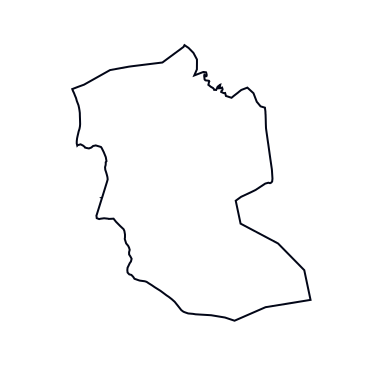 Al Matammah, Al Jawf, Yemen (orthographic projection), rotated 339°
{"feature_id": "15242507B78310888001164", "entity_name": "Al Matammah", "entity_type": "district", "adm_level": 2, "iso_a3": "YEM", "parent_name": "Yemen", "parent_adm1": "Al Jawf", "projection": "orthographic", "projection_center": [44.392, 16.198], "detail": "fine", "context": "isolated", "style": "outline", "palette": "ink", "viewbox_px": 384, "rotation_deg": 339, "n_neighbors": 0, "source": "geoboundaries", "source_scale": "gbopen_adm2", "svg_char_len": 3158}
<svg xmlns="http://www.w3.org/2000/svg" viewBox="0 0 384 384"><g transform="rotate(339 192 192)"><path d="M117.1,53.0L117.1,55.0L117.3,57.4L117.3,59.9L117.4,62.8L117.1,65.6L117.1,68.0L117.1,70.4L116.7,73.0L116.2,75.5L115.6,78.0L114.7,80.5L113.7,83.4L112.9,85.7L111.9,88.5L110.9,90.6L109.6,92.7L107.9,94.8L106.5,96.9L105.2,98.8L103.9,100.8L102.7,103.1L101.8,105.3L101.5,107.6L102.1,107.3L105.1,107.6L106.9,109.6L108.0,111.5L108.0,112.1L109.3,113.1L111.4,114.4L114.0,114.4L115.9,113.7L116.2,113.6L118.5,114.0L118.8,114.0L123.1,117.3L123.4,118.3L123.5,119.1L123.9,123.3L124.0,128.6L123.2,132.6L122.1,133.3L122.1,133.5L121.1,135.8L119.7,137.7L119.0,140.2L118.9,142.7L118.7,145.2L118.4,147.7L117.8,150.0L116.4,151.9L106.1,165.0L105.7,165.0L105.9,165.2L95.0,179.0L94.3,179.8L93.7,182.3L95.6,184.0L97.1,184.2L99.6,184.8L100.5,185.0L104.2,186.9L104.6,187.3L109.2,188.8L110.4,192.6L112.8,198.1L114.8,202.2L114.9,204.2L114.4,206.7L114.2,207.7L113.1,210.5L112.4,211.7L112.1,216.4L113.1,219.3L113.3,221.3L113.1,223.7L111.7,225.6L110.9,227.8L111.4,230.2L111.7,232.7L110.1,235.0L108.3,236.2L105.9,238.5L104.7,239.6L103.6,241.8L103.0,244.1L103.9,246.4L105.7,247.7L106.7,250.1L107.2,252.4L110.6,255.3L111.5,256.0L115.9,258.4L117.4,259.6L119.1,262.0L121.0,264.5L123.2,267.7L127.1,272.9L129.2,276.2L131.2,279.4L132.7,281.5L134.7,284.8L136.5,288.3L138.5,294.6L139.7,298.5L140.6,299.9L141.1,300.7L142.4,301.9L144.9,304.0L149.2,306.1L151.6,307.5L165.7,313.9L177.8,321.0L185.6,327.4L219.4,325.9L264.0,335.2L268.8,305.2L258.2,280.8L253.9,270.9L226.0,238.9L226.1,238.4L229.7,215.8L236.1,214.1L247.5,213.3L252.0,212.9L263.4,210.4L265.4,210.6L266.6,210.7L268.0,211.7L269.4,211.6L270.6,210.9L271.9,208.4L274.5,200.1L274.8,198.9L277.1,188.7L280.5,174.0L280.5,173.9L283.6,160.4L284.0,158.8L284.2,158.2L285.5,154.4L286.3,152.2L286.9,150.5L288.5,145.9L288.5,145.7L289.4,143.1L290.3,139.4L286.7,136.6L285.4,132.7L285.2,132.1L284.8,131.0L284.8,126.9L284.8,121.8L281.1,114.4L274.6,114.4L271.7,115.3L270.6,115.7L265.3,117.3L262.7,118.2L260.3,116.3L260.0,116.0L258.1,114.5L258.4,111.6L258.4,111.4L257.8,111.3L257.1,111.1L256.9,110.9L256.1,110.1L255.1,109.1L255.4,108.5L255.5,108.4L256.7,107.8L257.0,107.5L257.4,107.0L257.5,105.3L257.1,105.3L256.4,105.3L256.1,105.3L256.1,105.2L255.1,105.0L254.9,105.0L254.8,104.9L254.0,104.7L254.0,104.3L254.5,104.2L254.8,104.0L255.8,103.6L256.4,102.6L256.8,102.0L256.7,102.0L256.4,102.0L255.7,102.3L253.7,102.9L251.8,104.8L251.1,105.4L250.3,105.0L249.3,104.6L249.4,103.9L249.1,103.1L248.9,102.5L247.2,100.4L246.4,99.0L245.9,98.1L245.7,97.8L245.8,97.7L246.3,97.0L246.8,96.1L247.6,95.1L247.8,94.9L247.7,94.3L247.6,94.2L244.6,92.6L244.4,92.2L244.1,91.5L244.4,90.3L245.0,87.9L245.2,87.7L245.4,87.3L245.6,87.0L245.8,87.4L245.9,87.6L245.9,88.6L245.9,88.8L246.3,88.9L246.7,88.9L247.0,89.0L247.5,88.4L247.7,87.8L247.7,87.6L247.8,87.4L248.0,85.6L248.0,85.3L245.8,84.1L245.5,84.0L244.3,84.0L235.9,84.0L240.5,79.3L243.0,73.0L244.1,70.1L244.1,69.9L243.2,62.7L243.1,62.4L240.4,56.2L237.6,52.2L236.1,53.5L215.1,59.3L210.8,60.5L195.2,56.6L181.1,53.1L178.2,52.4L159.2,48.8L131.7,52.8L129.7,53.1L123.5,53.0L117.1,53.0Z" fill="none" stroke="#020617" stroke-width="2"/></g></svg>